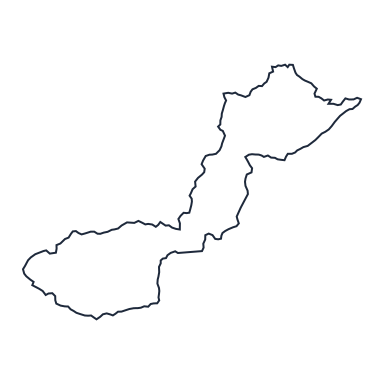 Porciúncula, Rio de Janeiro, Brazil
{"feature_id": "56859067B7663299308815", "entity_name": "Porciúncula", "entity_type": "district", "adm_level": 2, "iso_a3": "BRA", "parent_name": "Brazil", "parent_adm1": "Rio de Janeiro", "projection": "albers", "projection_center": [-41.956, -20.896], "detail": "fine", "context": "isolated", "style": "outline", "palette": "slate", "viewbox_px": 384, "rotation_deg": 0, "n_neighbors": 0, "source": "geoboundaries", "source_scale": "gbopen_adm2", "svg_char_len": 3316}
<svg xmlns="http://www.w3.org/2000/svg" viewBox="0 0 384 384"><path d="M84.8,315.5L88.2,315.7L91.1,315.5L93.6,317.3L96.5,319.3L100.2,316.8L102.9,314.3L106.7,313.4L110.2,314.4L112.9,315.4L115.5,313.7L118.0,311.7L121.5,311.6L125.4,310.3L129.4,309.0L133.8,308.2L138.0,308.1L140.9,307.7L144.2,306.3L148.2,306.7L150.7,304.0L153.7,303.4L157.2,303.3L159.2,300.4L158.5,297.4L159.0,294.0L159.3,291.0L159.0,288.0L157.4,283.6L157.7,279.5L158.4,276.8L159.2,272.2L159.0,266.9L160.7,263.4L160.7,260.5L162.8,258.6L166.0,258.1L167.5,255.2L170.7,252.9L175.2,251.3L177.9,253.0L202.0,251.1L203.6,247.6L203.3,243.7L205.2,239.5L205.3,235.2L208.7,233.6L212.5,235.1L215.2,238.9L218.2,239.3L221.0,238.7L221.4,235.7L222.5,233.0L225.2,231.0L228.5,229.2L233.0,227.3L236.5,226.2L238.8,223.4L237.5,219.6L236.7,216.6L240.7,207.7L246.5,196.7L247.9,194.1L247.6,190.7L245.5,185.9L245.0,181.8L245.5,178.6L246.8,174.5L251.5,172.4L252.1,168.2L249.9,165.3L248.2,162.0L246.7,159.3L245.3,157.0L248.9,154.7L252.0,154.2L255.3,154.5L258.8,154.6L261.6,155.5L263.9,156.9L267.9,155.5L271.1,157.6L274.9,157.8L277.6,159.3L281.0,159.8L284.5,160.2L286.0,156.7L287.8,153.8L291.9,153.8L295.1,152.5L297.2,150.4L300.3,148.9L303.4,147.1L307.7,145.9L311.5,143.0L315.4,140.0L318.6,136.8L321.7,133.6L325.3,131.8L328.8,129.4L331.7,126.1L334.7,122.0L337.8,118.4L340.1,115.8L343.2,113.4L346.1,111.1L349.5,109.2L352.5,109.0L355.1,106.7L357.7,105.0L359.5,102.7L361.0,99.2L357.1,97.8L353.6,99.4L349.1,99.5L345.4,98.4L343.0,101.4L340.8,104.5L337.7,105.1L333.4,103.8L328.5,103.8L331.0,99.8L327.8,99.5L324.1,100.5L321.3,98.3L318.6,96.8L315.4,96.7L314.5,93.6L316.8,88.7L314.1,86.5L311.3,83.3L307.9,81.8L304.8,80.5L302.4,79.1L299.4,76.6L297.0,75.0L295.5,72.7L293.9,68.2L292.9,64.9L289.3,64.7L287.7,67.1L285.1,64.7L281.3,65.9L278.2,65.4L275.6,67.1L272.0,66.7L273.1,71.6L269.3,73.3L268.5,77.7L266.6,81.8L264.2,83.5L262.0,86.1L258.7,85.9L255.9,87.9L252.5,89.3L250.7,91.7L249.4,95.2L245.4,97.0L240.9,95.3L238.2,94.6L235.3,92.6L232.1,93.6L228.2,92.8L223.5,93.6L224.4,97.2L226.1,100.5L224.9,103.2L224.0,105.9L222.9,110.0L221.8,113.6L221.6,116.9L220.4,120.4L220.3,124.5L218.1,126.6L220.4,129.8L222.8,130.9L225.0,135.7L223.2,140.5L222.1,143.4L221.4,146.4L219.6,150.2L216.0,153.8L212.2,154.6L209.5,154.7L205.7,156.0L203.1,160.5L201.6,164.2L204.7,168.7L204.2,172.2L202.0,174.6L198.0,177.9L195.1,181.6L195.6,186.5L192.6,189.2L190.9,193.2L189.6,195.7L191.7,198.7L191.9,201.6L191.3,205.2L190.1,209.8L189.3,212.7L186.7,213.1L183.6,212.8L180.6,215.8L178.4,219.0L179.9,223.3L179.8,229.5L176.0,228.9L172.1,227.6L168.9,225.3L165.6,225.6L160.3,222.0L158.2,224.9L155.8,226.8L152.2,224.5L148.1,223.9L145.3,224.4L142.5,222.9L138.4,220.9L134.3,222.9L127.0,222.4L121.6,225.5L118.1,228.5L114.5,229.4L111.7,229.8L107.7,231.8L103.8,232.6L100.3,233.8L97.5,233.7L94.3,231.7L90.6,231.7L87.8,232.6L84.9,233.5L81.6,234.4L78.5,233.0L75.9,231.1L72.8,231.4L70.9,233.9L68.6,237.6L65.0,239.0L60.4,243.5L56.5,245.1L56.6,248.6L55.9,252.7L49.8,253.6L46.2,250.4L43.6,251.0L35.3,254.2L30.8,257.4L28.1,260.2L26.8,262.6L25.0,266.0L23.0,269.2L24.2,273.6L26.3,276.3L30.3,279.6L33.6,281.9L32.3,285.2L39.2,288.8L42.7,291.0L45.7,295.0L48.5,293.5L52.3,293.2L55.2,296.1L55.3,300.3L56.3,303.6L60.6,305.6L64.9,306.4L68.1,306.5L70.6,309.3L73.7,311.0L76.4,312.8L80.0,314.0L84.8,315.5Z" fill="none" stroke="#1e293b" stroke-width="2"/></svg>